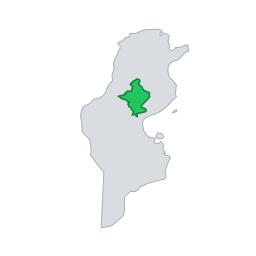 Sidi Bou Zid highlighted on a map of Tunisia, rotated 15°
{"feature_id": "TUN-113", "entity_name": "Sidi Bou Zid", "entity_type": "Governorate", "adm_level": 1, "iso_a3": "TUN", "parent_name": "Tunisia", "parent_adm1": "", "projection": "robinson", "projection_center": [9.5, 34.865], "detail": "fine", "context": "in_parent", "style": "filled", "palette": "green", "viewbox_px": 256, "rotation_deg": 15, "n_neighbors": 0, "source": "natural_earth", "source_scale": "10m", "svg_char_len": 4525}
<svg xmlns="http://www.w3.org/2000/svg" viewBox="0 0 256 256"><g transform="rotate(15 128 128)"><path d="M176.4,145.4L176.4,146.2L175.5,151.7L175.3,153.7L175.2,157.1L175.3,161.1L177.2,164.6L177.3,166.1L176.6,167.8L173.0,169.8L168.3,172.4L164.4,174.8L160.0,177.5L158.6,179.2L156.5,180.6L154.7,181.9L154.3,183.2L153.1,185.6L151.4,187.5L147.3,188.4L146.5,189.0L144.6,191.9L143.7,193.1L142.6,195.5L144.0,201.7L145.8,208.0L146.1,210.7L146.1,212.9L145.1,215.3L142.9,218.7L141.3,221.2L138.1,225.7L137.2,226.8L135.1,228.1L130.9,229.9L127.9,231.4L126.4,224.5L125.2,218.7L124.1,213.8L122.3,205.3L120.7,198.1L119.1,190.9L117.7,184.3L116.3,177.7L115.7,176.8L111.4,173.7L107.5,170.8L103.4,167.6L98.9,164.0L98.2,159.6L96.0,152.9L93.6,149.1L92.7,148.1L87.9,145.7L85.1,144.0L84.3,142.9L83.8,140.2L81.8,134.8L79.6,129.8L78.8,126.5L78.7,122.3L79.2,119.3L80.2,118.0L84.9,114.2L87.1,109.7L89.8,108.0L92.2,106.7L94.1,105.2L95.7,102.8L97.0,100.3L97.3,97.5L97.8,93.1L98.7,90.1L100.7,86.6L99.9,83.8L98.8,80.8L99.2,75.6L98.9,73.5L98.1,71.6L97.2,69.2L97.2,67.2L98.0,62.0L98.7,58.0L99.7,52.8L99.4,51.4L98.6,50.3L96.4,49.1L96.4,48.4L96.9,47.7L100.3,45.1L102.1,41.4L103.6,40.6L105.9,39.3L105.8,37.8L105.3,36.3L111.2,34.5L116.9,30.0L118.9,28.8L132.0,24.6L133.7,24.9L135.6,25.5L135.1,27.1L134.3,28.3L135.4,30.5L137.0,29.2L136.6,28.3L136.5,27.1L139.2,27.0L141.6,27.2L144.2,28.5L144.0,33.5L147.5,38.4L146.6,40.8L149.4,42.3L152.0,40.5L153.2,38.0L157.9,36.5L162.3,32.8L164.8,32.4L165.4,35.4L166.6,38.1L164.9,39.1L162.8,41.9L158.7,49.2L155.0,51.3L152.2,54.1L151.3,56.1L151.0,58.4L151.8,62.6L153.8,66.8L156.2,69.3L158.5,70.1L163.8,74.1L163.8,76.5L164.5,79.3L164.8,82.8L166.7,85.5L162.8,91.5L160.6,95.9L156.4,101.9L152.6,105.8L144.5,111.6L142.5,113.5L141.2,115.5L140.6,117.5L140.8,120.0L143.5,126.0L147.1,129.5L150.7,131.5L157.0,130.7L156.8,133.0L157.3,135.8L159.9,135.6L161.6,135.2L163.0,132.5L166.1,134.4L167.7,140.0L170.4,141.7L170.7,142.4L169.7,142.8L169.0,143.5L169.8,143.9L172.3,144.6L173.9,144.2L176.4,145.4ZM163.0,129.7L162.3,129.9L161.2,130.6L160.5,130.7L158.8,129.8L158.1,129.9L157.2,129.2L157.5,125.8L157.8,124.9L162.1,124.7L164.4,126.8L164.8,127.3L164.9,127.9L163.8,129.0L163.0,129.7ZM170.6,99.7L166.9,101.8L167.6,99.9L170.1,97.7L170.7,98.3L170.6,99.7Z" fill="#d9dde1" stroke="#a8b0b8" stroke-width="1"/><path d="M125.0,78.2L126.4,78.4L127.0,79.2L127.2,79.6L127.2,79.8L127.1,80.7L127.0,81.0L126.8,81.9L126.8,82.0L127.0,82.3L128.9,84.1L129.1,84.2L129.5,84.3L130.0,84.3L130.4,84.3L131.9,85.9L131.9,86.0L132.1,86.4L132.2,86.5L132.3,86.6L132.5,86.8L132.7,87.0L132.9,87.1L133.6,87.4L135.4,87.7L137.6,88.4L137.8,88.4L139.1,88.0L139.3,88.1L139.4,88.3L140.3,91.2L140.4,91.5L140.9,92.1L139.0,96.3L136.2,100.9L135.6,102.0L135.5,102.4L135.4,102.7L135.3,103.1L135.3,103.4L135.5,104.0L135.7,104.3L138.4,104.6L138.9,104.7L140.8,105.7L140.9,105.8L141.1,106.0L141.0,106.7L140.9,107.2L140.8,107.4L140.7,107.5L140.5,107.8L139.3,108.4L139.1,108.6L138.7,109.0L138.4,109.2L137.9,109.2L137.6,109.2L137.3,109.3L137.2,109.4L136.3,110.2L136.0,110.4L135.5,110.6L134.1,111.1L133.4,111.5L133.1,111.7L132.9,112.0L132.8,112.3L132.9,112.5L133.3,112.9L133.5,113.1L133.6,113.3L133.8,113.7L133.8,113.9L133.9,114.1L133.9,114.4L133.8,114.5L133.7,114.7L133.4,114.7L133.2,114.6L132.7,114.4L132.6,114.1L132.5,113.9L132.4,113.8L132.3,113.7L132.1,113.5L131.6,113.2L131.4,113.1L131.2,113.1L130.9,113.1L129.9,113.5L129.6,113.7L128.9,114.3L129.0,110.8L129.0,110.7L128.8,110.5L128.5,110.3L127.4,109.7L127.2,109.6L126.6,109.1L126.4,108.9L126.2,108.8L125.9,108.2L125.7,108.0L125.5,107.8L123.9,107.3L123.7,107.2L122.9,106.5L122.4,105.9L122.1,105.6L122.0,105.4L121.9,105.0L121.8,104.8L121.8,104.6L121.8,104.4L121.9,104.2L122.4,102.7L122.5,102.6L122.4,102.4L122.0,102.4L121.9,102.4L121.5,102.6L121.3,102.7L121.2,102.7L120.9,102.6L119.4,101.8L116.9,101.3L114.6,101.3L110.6,99.8L116.6,96.4L116.8,96.2L116.7,96.0L116.3,95.8L116.2,95.7L116.0,95.4L116.1,95.1L116.2,94.9L117.0,94.0L117.2,93.8L117.4,93.4L117.4,93.2L117.6,92.9L117.8,92.6L118.0,92.4L118.5,92.5L118.8,92.5L119.8,92.0L121.0,91.7L121.6,91.3L121.8,91.1L122.0,90.9L122.0,90.7L121.9,90.5L121.7,90.0L121.6,89.7L121.6,89.4L121.6,88.9L121.6,88.6L121.8,87.3L121.8,87.0L121.8,86.9L121.7,86.8L121.7,86.7L121.2,86.3L119.4,85.8L119.3,85.7L119.1,85.6L119.0,85.4L119.0,85.2L119.0,84.9L119.1,84.5L119.5,83.6L119.6,83.4L119.7,83.2L120.0,83.1L120.4,82.8L120.5,82.6L120.8,81.7L121.0,81.3L121.2,81.1L121.5,80.9L122.3,80.4L122.6,80.1L122.9,79.8L123.0,79.7L123.2,79.1L123.3,78.6L124.6,78.2L125.0,78.2Z" fill="#22c55e" stroke="#15803d" stroke-width="1.5"/></g></svg>